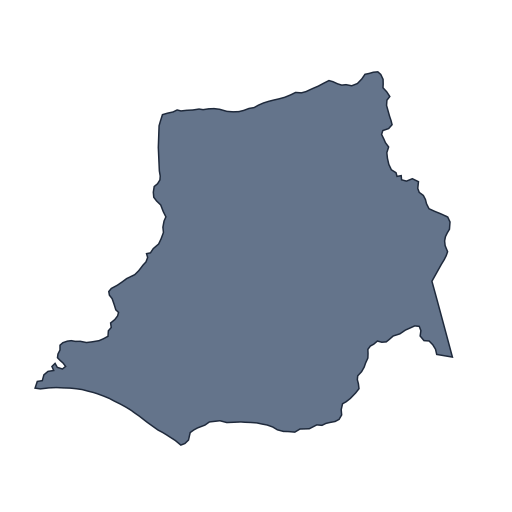 the district of Presidente Kennedy, Espírito Santo, Brazil, rotated 96°
{"feature_id": "56859067B59803678983356", "entity_name": "Presidente Kennedy", "entity_type": "district", "adm_level": 2, "iso_a3": "BRA", "parent_name": "Brazil", "parent_adm1": "Espírito Santo", "projection": "mercator", "projection_center": [-41.068, -21.151], "detail": "fine", "context": "isolated", "style": "filled", "palette": "slate", "viewbox_px": 512, "rotation_deg": 96, "n_neighbors": 0, "source": "geoboundaries", "source_scale": "gbopen_adm2", "svg_char_len": 3201}
<svg xmlns="http://www.w3.org/2000/svg" viewBox="0 0 512 512"><g transform="rotate(96 256 256)"><path d="M111.2,134.4L107.6,135.7L103.0,137.8L98.2,139.7L92.6,141.9L87.4,142.1L83.4,139.6L79.0,143.2L75.4,147.3L71.7,147.5L67.0,148.1L62.4,150.9L60.1,154.1L61.0,158.6L62.6,162.5L63.9,166.6L68.9,169.3L73.9,173.2L76.7,178.6L76.2,184.4L77.1,188.6L76.2,193.0L74.6,197.7L73.9,201.8L77.2,206.9L80.6,211.9L83.2,216.6L85.2,220.0L87.3,223.5L89.0,227.9L89.2,233.7L92.2,238.5L95.2,244.1L97.4,249.8L99.0,254.5L100.8,259.4L103.0,264.5L105.7,269.3L108.6,273.4L110.0,278.4L112.5,283.4L114.2,288.1L115.0,293.7L115.2,300.1L113.9,307.5L113.8,313.1L114.6,318.5L116.0,323.9L115.8,328.0L117.4,334.1L118.4,340.4L119.6,345.8L119.0,349.7L121.4,353.5L123.2,358.9L125.2,363.8L131.6,365.1L136.6,366.0L158.2,364.5L181.5,361.0L186.5,359.6L190.4,359.5L194.5,361.5L197.5,364.5L203.3,364.8L208.3,363.8L211.7,360.6L215.2,356.1L221.5,352.9L226.5,349.7L230.9,351.1L237.1,351.6L242.3,350.5L248.9,352.2L254.3,354.1L259.3,358.9L263.9,361.3L265.1,365.1L268.8,363.6L273.4,364.8L276.7,367.3L282.9,371.1L287.2,374.6L292.0,382.3L295.6,386.2L299.6,390.9L303.4,396.5L306.7,398.7L310.3,397.7L313.5,394.6L319.5,391.8L324.2,389.8L326.5,386.8L330.1,387.4L334.0,389.8L337.8,393.6L342.2,392.5L345.8,395.0L351.3,394.8L354.2,399.0L356.6,403.2L358.6,410.4L359.8,415.6L359.2,421.8L359.8,426.8L359.5,430.9L360.4,434.7L362.4,439.0L365.2,441.6L370.0,441.1L374.2,442.7L377.9,442.8L380.4,439.8L382.6,436.7L385.7,433.8L388.6,436.7L387.5,442.0L383.8,444.6L387.2,447.4L391.0,445.2L392.5,450.8L396.3,454.5L402.3,455.5L403.6,460.4L410.5,461.9L410.7,456.6L409.8,452.5L408.8,448.2L407.7,440.8L407.3,433.8L406.8,426.9L406.8,420.5L407.0,414.9L408.0,408.7L408.7,403.6L409.5,399.7L411.2,393.0L412.9,387.2L415.1,381.8L417.4,375.5L419.7,370.0L422.2,364.7L424.8,360.2L427.3,355.6L429.8,351.6L432.6,347.1L435.9,341.3L439.3,335.3L441.3,330.3L443.2,326.3L445.3,322.2L447.9,317.0L451.9,311.0L449.9,307.1L446.1,303.9L438.5,303.0L435.5,299.7L433.1,296.2L429.5,289.1L425.9,285.0L423.6,274.7L424.7,267.6L422.6,253.7L422.5,249.7L422.1,243.6L421.9,237.8L422.5,232.3L422.9,227.3L424.3,221.5L426.6,216.6L427.6,210.4L427.2,205.2L427.1,199.0L423.5,194.2L422.2,184.9L417.6,177.9L417.5,172.7L415.2,169.0L413.9,165.3L412.3,160.0L409.8,156.3L405.1,154.2L399.9,155.2L393.9,154.5L391.6,151.2L387.8,147.3L381.8,142.6L377.2,139.7L372.4,140.8L368.4,142.3L364.5,142.3L360.0,138.9L355.2,136.8L351.2,135.9L345.8,134.1L341.2,134.4L337.2,135.0L333.6,132.9L331.4,129.7L327.9,126.4L328.6,121.9L327.8,117.5L325.1,114.8L321.2,111.2L318.4,104.8L314.0,99.6L311.6,95.4L308.9,90.8L308.9,86.3L313.0,84.2L318.4,84.4L322.6,80.1L322.4,75.0L325.8,70.9L330.0,67.7L335.0,66.0L336.0,50.1L316.2,57.7L281.7,71.0L267.6,76.5L262.7,78.4L244.7,70.7L239.9,68.4L235.9,66.9L231.7,65.9L225.9,69.0L221.3,70.0L216.9,69.6L212.8,68.1L209.2,66.4L201.9,66.6L197.2,69.4L194.9,76.1L192.9,83.0L190.9,88.9L186.2,91.9L182.1,93.4L178.3,95.9L175.7,100.3L171.9,102.2L165.1,102.2L162.8,108.6L165.8,114.2L165.0,119.2L160.9,120.0L162.1,124.1L158.6,125.4L156.1,130.4L151.0,133.5L145.1,135.5L139.6,136.7L133.7,135.5L129.8,139.1L126.3,141.1L122.0,143.8L118.0,143.0L115.4,137.4L111.2,134.4Z" fill="#64748b" stroke="#1e293b" stroke-width="1.5"/></g></svg>